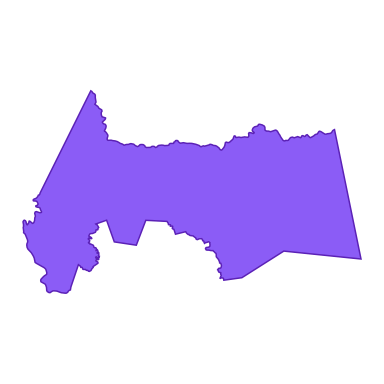 outline of Valle Del Guamuez, Putumayo, Colombia
{"feature_id": "7082276B97476971281230", "entity_name": "Valle Del Guamuez", "entity_type": "district", "adm_level": 2, "iso_a3": "COL", "parent_name": "Colombia", "parent_adm1": "Putumayo", "projection": "albers", "projection_center": [-76.929, 0.422], "detail": "fine", "context": "isolated", "style": "filled", "palette": "violet", "viewbox_px": 384, "rotation_deg": 0, "n_neighbors": 0, "source": "geoboundaries", "source_scale": "gbopen_adm2", "svg_char_len": 5915}
<svg xmlns="http://www.w3.org/2000/svg" viewBox="0 0 384 384"><path d="M275.9,130.1L275.1,130.2L270.7,131.7L268.4,131.1L266.9,131.1L266.3,131.0L265.0,130.1L264.9,127.3L264.3,126.1L262.2,124.9L259.9,124.3L259.0,124.3L258.4,124.6L258.1,125.5L257.4,126.1L254.7,126.8L253.7,127.5L253.0,128.2L252.4,129.5L252.3,130.7L252.8,131.4L254.1,132.5L253.9,133.2L253.6,133.4L253.1,133.5L250.8,132.7L249.2,132.6L248.6,133.4L248.8,136.0L248.3,136.9L247.8,137.3L244.6,136.9L241.0,137.5L239.0,137.1L236.3,137.5L235.7,137.3L235.4,136.2L234.3,135.9L233.7,137.0L233.1,138.9L231.9,140.1L229.3,142.4L227.9,142.6L226.2,142.1L225.4,142.6L224.8,145.5L224.0,147.3L222.1,149.7L221.3,150.1L220.1,149.6L219.0,147.9L216.6,146.1L215.4,145.6L213.4,145.4L212.0,144.7L210.9,144.4L210.0,144.3L209.1,144.9L204.5,146.2L203.8,145.9L203.1,145.9L201.1,146.7L200.5,146.6L199.2,145.5L195.9,144.3L191.8,143.4L189.8,143.3L187.0,143.4L183.4,142.7L180.4,143.2L179.2,142.5L178.2,141.5L177.8,140.7L177.1,140.5L176.0,140.5L175.5,140.7L174.9,141.7L173.9,142.2L173.8,143.0L173.4,143.4L170.4,143.4L170.0,143.5L169.2,144.2L168.9,145.0L168.1,145.4L164.6,145.6L163.1,145.2L161.5,145.1L158.8,145.4L157.5,146.2L156.8,147.1L155.6,147.5L154.1,146.4L152.8,146.3L151.7,146.5L150.5,147.4L146.5,147.5L145.2,146.9L144.8,145.8L143.8,145.0L143.1,144.6L141.6,144.5L140.3,144.6L139.9,144.8L138.8,145.9L137.8,146.5L137.2,146.5L135.2,145.5L133.7,144.2L130.9,143.6L130.0,143.8L128.5,144.4L126.2,144.5L124.1,145.2L122.5,144.1L120.1,143.3L118.8,142.4L117.1,141.5L115.0,140.9L112.7,140.6L111.2,140.2L108.1,140.3L107.5,140.0L107.2,139.5L107.2,138.3L107.9,135.9L107.8,135.0L106.5,132.9L105.4,131.6L104.6,131.3L104.4,130.9L105.8,128.0L106.1,126.5L106.0,125.5L105.4,124.5L105.0,124.2L103.5,123.8L102.5,122.6L102.4,122.1L102.6,121.8L104.8,119.8L105.5,118.7L105.5,117.9L102.1,116.8L101.4,115.1L101.2,113.4L101.3,112.4L102.0,111.2L101.8,110.1L101.5,109.7L99.0,108.3L97.9,106.5L94.9,104.3L96.0,102.1L95.3,97.7L95.3,95.1L94.7,94.1L92.8,92.9L91.9,91.5L90.8,90.8L40.1,193.0L39.9,193.9L39.2,195.0L38.4,195.1L37.6,196.7L36.7,197.8L35.7,198.5L34.2,199.0L33.4,199.5L33.2,200.1L33.3,200.7L33.6,200.9L36.0,201.1L36.8,201.4L37.1,201.8L37.9,203.4L38.0,204.3L37.3,205.3L36.0,205.7L35.8,206.0L35.8,206.4L36.1,206.8L37.8,207.3L38.9,207.4L39.9,208.0L40.2,208.5L40.5,209.8L41.5,211.6L41.4,212.4L40.9,212.6L39.7,212.7L36.4,211.6L35.3,211.9L34.7,213.2L35.4,216.2L34.8,217.8L34.6,220.5L33.8,222.6L32.8,223.4L32.1,223.1L30.3,221.5L29.6,221.1L29.2,221.1L29.0,221.3L29.0,222.3L27.5,224.7L27.2,224.8L26.9,224.6L26.4,223.4L26.0,221.7L25.4,220.7L24.4,220.2L24.1,220.3L23.7,220.5L23.0,221.8L23.5,224.6L23.5,226.5L23.2,227.5L23.7,231.4L23.6,232.7L25.2,234.2L27.4,239.6L27.7,241.0L27.6,242.2L26.9,243.9L26.8,245.3L27.1,247.4L28.0,249.2L31.3,252.7L33.2,255.8L34.2,258.0L35.1,262.4L36.2,263.2L44.2,267.7L45.4,268.8L45.9,269.6L46.8,272.7L46.6,274.4L44.4,275.8L42.9,277.2L40.9,279.4L40.7,280.8L41.0,281.8L45.0,284.0L45.7,285.0L46.5,287.4L46.7,290.4L47.2,291.5L48.8,292.5L50.0,292.7L52.4,291.1L53.7,290.8L56.9,291.1L61.2,292.7L65.3,293.2L66.4,293.1L67.7,292.3L68.2,291.3L69.2,290.4L70.4,290.0L70.9,287.0L78.4,264.7L80.4,266.2L80.8,267.4L81.9,267.3L82.3,267.7L82.6,268.3L82.7,269.0L83.1,269.4L85.6,269.5L86.3,270.3L87.7,270.4L88.5,271.2L89.4,271.4L91.0,270.5L92.0,268.6L93.2,267.4L93.1,266.6L97.9,263.3L98.0,262.7L97.7,261.9L96.2,261.3L95.9,260.6L96.1,260.1L96.8,259.6L97.9,259.8L98.4,259.5L98.7,259.3L98.7,258.5L98.2,258.1L97.6,258.1L97.0,258.8L96.5,258.7L95.7,257.5L95.9,257.0L96.2,256.8L96.5,256.9L96.9,257.6L97.4,257.8L98.3,257.4L99.2,257.3L99.4,256.2L98.6,255.9L98.4,255.4L98.9,254.3L98.7,252.6L98.2,252.4L97.6,253.2L97.2,253.2L97.1,252.7L97.7,252.2L98.0,251.6L97.7,250.4L97.4,249.9L97.1,250.0L96.5,250.5L96.1,250.6L96.0,250.2L96.5,249.6L96.6,249.2L96.2,248.2L95.6,247.7L94.6,247.7L94.0,247.3L93.7,246.1L93.2,245.2L90.9,244.1L90.1,244.2L89.7,243.2L88.6,243.0L88.5,242.6L89.5,241.5L89.7,240.4L89.6,240.1L88.4,239.3L88.3,238.7L88.6,238.2L88.9,238.1L91.2,238.7L91.7,238.5L91.5,237.8L91.2,237.5L89.9,236.7L89.1,236.4L88.9,236.1L88.9,235.6L89.9,233.9L90.5,233.6L92.5,233.5L95.3,232.3L95.8,231.5L96.0,230.0L96.2,229.8L97.4,229.9L97.9,229.6L98.0,228.3L98.7,227.5L98.6,227.3L97.2,224.8L96.2,224.4L95.8,224.0L106.6,220.2L114.3,241.9L136.3,245.2L145.8,220.3L167.0,221.4L168.2,223.2L168.5,224.6L170.4,224.8L170.4,226.2L172.2,226.1L172.6,226.3L172.7,227.1L172.3,227.9L172.3,228.4L172.6,228.8L173.9,229.3L175.5,234.2L185.7,231.7L186.5,233.1L188.0,234.4L188.9,234.4L189.2,235.0L190.1,235.5L193.1,235.9L194.7,237.2L195.7,237.8L196.0,238.9L196.8,239.5L197.6,239.6L199.1,238.8L201.7,238.7L202.6,240.0L202.6,240.6L203.0,240.9L203.5,240.9L203.9,241.4L204.1,242.7L204.6,243.4L205.7,242.5L206.6,242.5L208.4,241.8L208.7,241.8L209.9,242.6L209.8,243.3L210.0,244.5L209.9,246.1L209.6,246.5L208.7,247.2L206.2,247.5L205.6,248.2L205.5,248.8L206.3,250.0L206.7,249.9L207.3,250.1L208.6,250.1L211.1,250.6L213.0,250.6L213.1,250.9L214.3,251.8L214.9,252.6L215.9,253.3L216.2,254.3L216.3,256.8L218.5,259.5L219.6,262.1L219.6,262.9L220.1,263.2L220.8,263.3L221.4,265.2L221.4,266.2L221.1,267.3L220.9,267.8L220.0,268.3L219.0,268.2L217.8,269.4L217.6,269.8L218.0,270.1L218.5,271.5L218.9,272.1L219.8,272.5L220.7,272.6L220.8,272.8L220.7,274.2L221.2,275.2L221.2,275.5L220.2,277.7L220.1,278.3L220.4,278.4L221.4,277.8L223.1,278.1L223.5,278.6L223.8,280.2L241.9,277.7L283.8,251.1L361.0,259.0L334.5,129.6L333.3,130.2L332.7,130.7L331.6,132.5L330.5,133.3L328.8,133.6L327.5,133.7L325.9,134.2L324.9,134.1L320.9,131.6L319.7,131.2L318.9,131.5L317.4,133.8L316.9,134.1L315.3,134.5L313.7,135.9L310.7,137.6L310.0,137.5L309.5,137.1L307.2,134.7L306.2,135.0L305.2,136.3L304.6,136.5L302.8,135.6L301.8,135.9L301.0,137.5L300.5,137.7L297.7,136.6L294.2,137.8L292.5,137.1L291.0,137.4L290.3,137.8L288.3,140.3L287.3,140.5L285.7,140.4L284.9,140.9L283.9,140.8L283.1,140.4L280.8,137.1L279.7,134.9L278.9,133.9L277.6,131.6L277.3,131.1L275.9,130.1Z" fill="#8b5cf6" stroke="#5b21b6" stroke-width="1.5"/></svg>